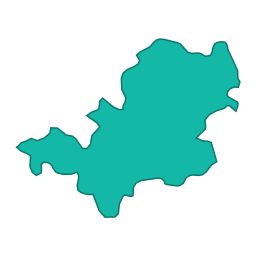 map outline of Asti (Robinson projection), rotated 91°
{"feature_id": "ITA-5440", "entity_name": "Asti", "entity_type": "Province", "adm_level": 1, "iso_a3": "ITA", "parent_name": "Italy", "parent_adm1": "", "projection": "robinson", "projection_center": [8.197, 44.827], "detail": "fine", "context": "isolated", "style": "filled", "palette": "teal", "viewbox_px": 256, "rotation_deg": 91, "n_neighbors": 0, "source": "natural_earth", "source_scale": "10m", "svg_char_len": 1893}
<svg xmlns="http://www.w3.org/2000/svg" viewBox="0 0 256 256"><g transform="rotate(91 128 128)"><path d="M78.6,135.5L73.2,133.8L69.6,129.8L67.0,123.9L64.0,119.2L60.2,117.5L55.1,120.7L52.3,118.1L46.4,107.4L41.6,103.5L39.7,101.2L38.5,97.7L38.8,93.4L41.7,80.7L43.1,77.1L51.1,69.6L52.3,65.8L51.8,59.2L52.2,56.7L54.5,52.8L54.9,51.2L53.9,46.8L50.4,45.2L46.1,44.4L42.4,42.9L40.9,40.2L40.1,36.0L40.6,32.2L43.1,30.5L47.8,29.5L68.5,19.4L76.3,19.0L80.1,16.9L85.4,18.5L85.2,22.6L87.0,26.5L90.0,29.1L93.6,29.6L95.2,28.1L99.9,19.4L101.7,18.4L104.3,18.7L109.4,20.4L104.9,25.8L104.3,26.1L103.9,29.1L104.7,30.3L105.9,31.0L106.8,32.4L109.2,39.8L113.3,46.9L118.7,51.2L125.1,50.4L127.8,50.8L136.8,59.7L139.5,53.3L139.8,48.2L141.1,44.5L160.2,38.7L163.1,43.6L170.5,49.0L173.3,52.6L174.2,56.1L173.8,62.0L174.4,65.4L176.7,68.9L182.5,71.9L184.8,76.0L185.1,78.0L183.7,88.6L183.4,89.5L183.1,89.8L182.8,90.2L182.5,90.3L181.7,90.4L181.4,90.4L180.9,90.7L178.4,93.0L177.9,93.9L177.5,96.8L180.4,114.3L182.9,119.0L187.0,121.4L195.6,121.8L196.4,123.5L196.0,126.0L195.2,128.7L195.1,130.6L196.2,131.7L204.0,135.3L213.9,136.2L217.2,139.6L217.5,149.5L211.2,155.3L195.0,161.8L195.2,165.6L194.6,170.0L193.2,174.1L191.1,176.9L186.4,177.8L177.8,176.3L172.9,177.8L175.1,183.6L175.5,191.7L173.8,198.9L169.6,202.2L167.3,203.2L165.0,205.5L163.7,208.7L164.0,212.0L166.2,214.1L172.1,213.7L174.5,214.1L177.0,218.9L173.8,223.0L167.9,225.4L157.8,224.9L155.2,228.8L153.0,234.4L149.2,239.1L147.7,237.1L144.6,234.4L142.7,229.3L140.1,224.6L142.3,218.8L139.6,211.6L134.5,206.0L129.2,205.2L129.3,198.6L136.2,189.5L137.1,183.5L139.4,180.4L149.2,173.1L149.3,168.8L144.8,165.2L136.2,164.0L127.5,156.2L123.6,158.9L116.3,169.5L113.0,164.9L111.8,162.3L111.0,159.5L109.0,157.4L101.4,156.6L98.6,153.9L107.4,142.8L109.9,136.7L109.4,133.4L106.3,133.3L101.0,131.1L98.1,130.7L89.3,134.9L78.6,135.5Z" fill="#14b8a6" stroke="#0f766e" stroke-width="1.5"/></g></svg>